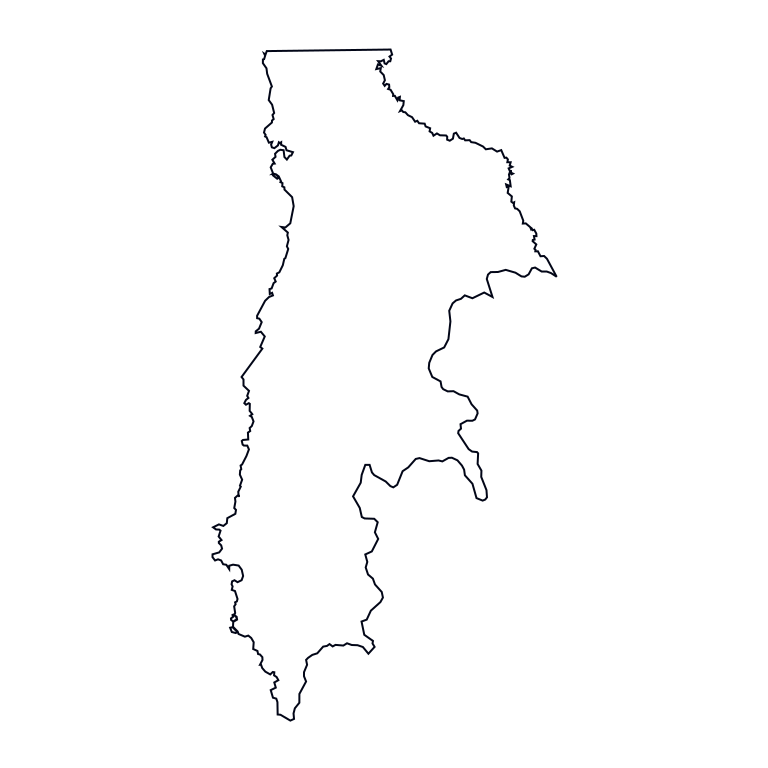 Santa Isabel, Colón, Panama, rotated 269°
{"feature_id": "35544464B42608984184173", "entity_name": "Santa Isabel", "entity_type": "district", "adm_level": 2, "iso_a3": "PAN", "parent_name": "Panama", "parent_adm1": "Colón", "projection": "albers", "projection_center": [-79.323, 9.476], "detail": "fine", "context": "isolated", "style": "outline", "palette": "ink", "viewbox_px": 768, "rotation_deg": 269, "n_neighbors": 0, "source": "geoboundaries", "source_scale": "gbopen_adm2", "svg_char_len": 6133}
<svg xmlns="http://www.w3.org/2000/svg" viewBox="0 0 768 768"><g transform="rotate(269 384 384)"><path d="M718.3,396.4L718.9,272.6L715.5,271.3L716.4,270.0L714.3,270.9L710.9,269.8L710.6,268.6L706.9,268.5L701.7,272.0L696.2,272.6L683.4,277.1L681.6,275.8L669.9,273.7L665.2,277.0L656.9,278.9L654.9,277.2L650.8,278.3L649.4,276.6L647.4,276.5L641.5,269.5L637.5,268.4L635.1,270.0L633.6,269.4L632.8,270.9L627.3,273.1L628.1,276.5L625.3,275.3L622.6,276.0L621.7,278.5L624.4,282.1L627.5,283.1L626.7,284.1L627.5,285.4L625.0,285.3L622.8,289.7L619.4,290.6L617.4,297.0L614.1,295.3L613.9,293.6L610.1,290.8L612.7,288.4L619.5,287.7L620.0,284.4L618.9,282.0L616.1,279.1L613.0,279.5L610.2,276.3L606.3,278.5L606.1,276.6L602.6,274.5L596.4,276.8L595.9,276.1L596.0,278.0L595.5,279.7L593.4,282.4L588.4,284.6L587.7,284.0L586.6,286.0L583.4,285.7L582.4,287.8L580.1,287.9L572.4,295.4L563.4,296.8L546.3,293.1L542.2,288.1L542.8,284.2L537.1,290.5L534.4,289.9L529.7,291.1L523.4,289.3L520.7,290.6L511.6,287.6L510.9,286.5L504.5,284.9L497.5,281.3L496.3,278.8L494.3,279.0L491.7,276.1L488.3,277.5L486.8,275.4L481.5,273.3L480.9,271.2L476.0,271.4L477.1,273.7L474.5,274.5L473.0,270.6L469.3,266.6L454.4,258.3L452.0,258.3L451.5,260.5L448.0,262.8L441.5,260.0L438.9,256.7L437.2,256.6L438.4,261.8L433.6,265.6L423.2,260.9L421.5,263.0L393.5,241.7L391.0,243.6L384.8,243.5L379.5,248.9L374.5,247.0L372.4,248.2L370.5,245.7L367.3,244.0L365.7,245.6L367.2,248.5L366.5,249.5L359.5,249.2L356.1,251.8L354.5,249.5L353.4,251.2L348.9,252.9L344.3,251.1L342.3,248.9L339.3,249.4L337.8,247.1L330.9,247.3L330.5,242.0L329.5,240.8L325.9,241.6L324.9,242.8L324.8,246.2L321.0,247.8L314.4,245.2L306.0,240.7L305.0,239.2L301.3,239.8L300.1,238.7L295.9,238.3L290.8,240.5L284.8,238.2L283.9,239.0L278.8,236.4L274.9,236.7L274.6,237.8L274.4,236.9L275.2,235.9L272.7,233.0L269.0,233.4L262.6,232.1L260.7,233.8L256.8,233.1L252.6,225.0L247.6,224.4L244.9,220.9L246.5,216.5L243.7,210.6L241.5,213.5L241.3,216.7L240.2,218.0L234.4,216.0L230.8,218.8L229.2,216.1L227.9,216.1L225.5,218.4L222.2,219.2L218.5,216.3L216.7,209.6L213.9,209.5L210.5,212.0L211.6,215.0L210.4,218.1L206.6,220.0L206.0,223.2L201.6,226.0L205.0,226.1L206.0,229.9L205.0,235.5L200.8,238.5L194.5,239.8L190.3,238.2L188.4,234.1L190.4,231.1L189.3,228.7L186.4,228.1L184.3,229.1L180.8,228.2L179.6,231.4L171.6,233.8L169.2,233.1L168.3,231.3L166.4,231.8L164.3,230.3L157.6,231.2L155.7,230.2L153.8,232.6L151.0,233.0L148.8,229.1L143.9,228.8L139.0,233.4L136.6,234.2L133.8,240.5L134.8,243.9L132.4,246.8L128.1,249.2L121.3,248.6L119.3,252.8L116.2,253.4L115.7,255.3L113.0,257.6L110.2,257.7L105.4,255.1L105.4,256.2L102.1,257.3L98.5,260.3L95.6,265.2L98.0,267.8L97.7,269.3L94.6,269.0L92.9,271.5L89.7,273.2L87.5,269.1L82.3,270.5L79.9,265.4L72.3,267.5L71.3,270.8L67.8,271.9L55.4,271.9L55.1,274.7L49.1,284.5L50.7,288.2L56.2,287.8L61.3,289.2L66.8,293.8L75.6,294.0L87.9,300.9L93.2,298.9L97.3,299.0L104.6,302.2L109.5,301.3L111.5,303.3L114.4,307.6L115.9,312.6L122.5,318.6L123.1,322.4L124.9,325.0L122.5,328.1L124.0,330.9L123.2,338.8L125.4,342.5L123.6,347.2L123.3,353.0L121.4,358.3L114.6,363.7L121.3,370.0L124.8,368.0L127.3,368.5L133.6,359.9L146.9,357.4L148.7,362.6L157.6,366.9L166.0,376.6L170.5,379.2L176.1,378.1L183.7,371.5L189.6,369.5L193.8,364.7L200.9,362.5L206.4,364.2L213.9,362.3L216.8,368.9L229.2,375.5L235.9,372.3L245.9,375.3L249.4,371.9L249.9,362.3L251.4,359.5L260.5,357.6L272.2,351.1L285.7,359.0L293.5,360.1L303.5,363.9L303.4,368.2L295.8,370.4L293.1,372.6L286.5,384.0L281.8,388.6L280.5,391.5L283.0,395.4L296.5,401.1L300.2,406.8L308.5,414.4L309.3,418.2L306.0,427.9L306.6,437.2L305.6,441.0L309.0,447.3L309.1,450.6L306.4,456.1L301.1,460.5L297.0,462.6L291.3,463.3L282.7,470.7L268.3,474.5L265.7,480.6L266.7,483.2L268.9,485.0L276.1,484.6L289.4,479.6L295.7,479.9L302.4,476.2L313.0,476.9L314.3,475.8L314.9,470.9L317.4,467.5L333.5,457.3L335.8,457.7L338.0,460.2L342.5,459.8L345.9,466.3L345.7,471.7L347.0,474.4L353.0,477.1L355.8,476.7L362.2,471.2L369.9,467.4L372.3,459.1L375.6,453.4L375.5,447.6L377.8,443.1L380.0,441.5L385.6,440.6L390.2,432.4L398.8,429.0L404.4,429.6L412.2,433.0L415.7,436.6L419.5,444.8L427.7,449.2L445.4,451.5L456.1,450.5L463.4,454.0L466.3,457.5L467.8,462.4L471.2,466.3L468.2,473.9L473.7,485.8L469.1,494.0L487.2,488.6L491.6,489.9L494.0,492.6L494.0,499.9L496.0,507.7L493.0,517.4L489.2,523.3L488.8,526.6L491.1,530.5L497.1,533.9L497.8,537.1L493.7,543.6L493.6,548.7L492.0,552.9L488.2,558.5L506.4,549.1L509.2,546.3L509.0,542.7L514.0,540.2L514.0,537.6L515.6,537.8L516.6,536.7L520.9,538.7L524.2,535.1L525.4,535.3L525.8,537.1L529.3,536.5L529.2,539.0L531.8,538.9L535.6,536.9L535.2,535.4L536.9,534.4L536.1,533.8L538.3,532.9L542.1,528.6L542.0,525.6L544.9,526.1L554.3,522.7L556.8,520.2L557.3,518.1L560.2,516.9L563.4,517.3L562.8,516.1L564.1,514.5L569.3,515.1L572.9,511.0L579.2,512.1L578.7,510.2L581.4,509.6L579.5,514.1L585.7,513.4L586.4,511.8L587.8,513.1L591.3,512.6L593.2,513.4L591.4,515.2L592.1,516.6L593.0,514.8L594.8,514.7L595.0,513.4L597.4,512.4L598.9,516.0L600.2,513.5L603.5,514.5L603.6,511.2L606.4,511.8L608.2,510.3L608.0,508.5L615.8,505.3L614.4,501.1L617.7,496.0L616.9,489.9L619.7,487.2L623.6,479.6L624.3,475.4L626.3,473.9L626.2,469.4L628.1,468.1L627.6,466.5L628.7,463.8L634.0,460.5L633.1,458.2L628.1,457.2L626.1,454.0L627.2,451.4L630.2,451.5L631.4,450.4L631.7,444.3L633.6,441.3L631.4,437.8L634.2,436.6L635.8,434.0L638.9,434.6L640.8,430.1L643.6,429.2L644.1,423.6L646.6,421.9L645.7,419.7L650.3,416.7L652.4,412.6L655.3,410.1L655.6,408.0L657.3,406.6L656.6,404.8L662.5,408.2L666.5,408.7L667.4,404.5L670.8,404.9L670.1,403.1L667.5,402.3L671.9,399.9L671.9,398.1L673.6,398.3L678.1,395.7L678.9,393.3L680.7,394.5L683.3,394.3L684.0,391.7L682.1,389.9L684.4,388.4L687.7,390.2L692.9,389.1L696.5,385.7L699.9,386.3L699.0,381.8L703.6,383.5L702.2,387.0L706.9,383.7L706.7,386.5L708.1,389.4L704.5,390.2L703.8,391.9L706.6,394.2L706.6,395.9L709.3,396.7L711.3,395.2L713.2,397.9L718.3,396.4ZM143.0,225.9L138.7,227.5L137.6,231.4L138.6,233.1L143.5,228.3L143.0,225.9ZM152.3,226.9L150.8,227.0L149.2,229.0L151.4,232.8L153.6,232.2L156.1,229.4L155.7,228.5L153.8,229.0L152.3,226.9ZM594.8,280.4L595.9,277.8L594.4,276.8L591.1,280.8L592.0,282.4L594.8,280.4Z" fill="none" stroke="#020617" stroke-width="2"/></g></svg>